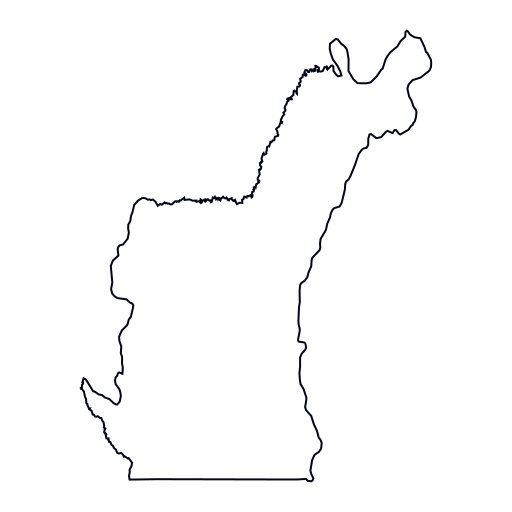 the district of Juruá, Amazonas, Brazil
{"feature_id": "56859067B52882726289547", "entity_name": "Juruá", "entity_type": "district", "adm_level": 2, "iso_a3": "BRA", "parent_name": "Brazil", "parent_adm1": "Amazonas", "projection": "equal_earth", "projection_center": [-66.308, -3.375], "detail": "fine", "context": "isolated", "style": "outline", "palette": "ink", "viewbox_px": 512, "rotation_deg": 0, "n_neighbors": 0, "source": "geoboundaries", "source_scale": "gbopen_adm2", "svg_char_len": 5990}
<svg xmlns="http://www.w3.org/2000/svg" viewBox="0 0 512 512"><path d="M320.4,439.7L318.7,437.6L316.9,430.7L313.9,424.3L311.2,415.9L306.1,410.1L305.1,407.2L306.4,399.3L306.3,397.3L303.6,389.2L300.5,383.9L299.9,379.9L299.4,373.2L300.1,366.9L300.1,357.5L301.6,353.8L305.4,349.6L306.1,347.4L305.3,343.4L304.0,342.4L298.6,341.6L298.0,339.8L299.7,331.1L299.7,328.6L298.7,324.9L298.4,320.8L299.0,307.1L299.8,302.4L299.6,290.2L300.1,285.4L301.0,283.3L304.8,280.6L307.4,277.0L308.5,272.5L311.2,266.4L311.7,259.5L312.4,257.7L319.6,250.1L320.3,247.7L320.0,243.8L320.6,238.9L325.9,230.0L327.3,223.5L330.0,217.5L330.8,213.4L332.6,209.7L334.2,208.1L339.6,206.5L341.6,203.0L344.8,190.0L345.3,183.7L346.1,181.6L348.8,179.2L350.6,175.7L354.9,165.2L358.7,154.0L361.7,149.9L363.6,148.4L366.4,147.9L367.6,146.2L368.2,144.5L368.3,138.5L369.5,134.5L371.0,134.0L376.3,138.1L378.7,137.7L381.4,137.0L385.8,131.9L387.5,130.9L392.6,133.1L394.5,130.1L396.2,130.1L398.6,133.4L400.2,134.5L408.4,129.8L411.1,125.9L412.7,124.8L413.4,122.9L414.7,121.5L416.0,117.0L416.5,111.9L415.7,109.6L413.5,106.6L411.5,100.6L409.2,96.7L407.5,89.3L407.7,87.5L408.7,84.3L412.6,80.1L420.7,77.5L428.8,71.1L429.9,69.8L431.0,66.9L431.2,62.5L430.9,59.7L427.3,52.9L426.0,51.9L424.4,46.7L420.4,38.3L414.3,37.2L410.0,34.5L408.0,31.5L406.7,30.7L405.5,31.9L405.2,36.7L400.6,41.1L397.4,46.4L390.5,52.1L387.7,55.7L385.5,59.5L382.7,68.6L381.3,69.6L376.7,76.4L371.0,82.1L369.8,82.6L366.4,83.3L357.6,83.2L353.4,79.3L348.5,71.1L348.6,59.5L347.2,50.6L346.2,48.4L343.9,45.7L341.5,44.1L337.7,39.4L335.9,38.9L330.0,43.7L329.7,48.8L330.7,53.3L332.9,59.5L337.6,66.0L340.2,71.2L341.4,75.5L338.1,76.3L336.2,74.7L333.5,71.0L333.3,66.4L332.3,65.5L331.2,65.7L327.4,69.6L326.9,68.9L326.9,65.8L326.1,67.4L324.5,67.2L322.7,71.1L320.7,71.6L319.6,71.2L318.0,71.8L317.4,70.1L318.9,69.4L318.9,67.8L316.0,65.8L315.4,65.9L315.9,67.5L314.9,68.7L315.2,70.7L313.6,71.3L313.0,69.7L311.9,71.0L311.2,69.3L310.4,69.3L309.1,72.0L308.2,72.0L306.8,70.1L305.4,70.1L304.4,72.4L306.3,74.0L306.5,74.9L305.8,75.8L303.4,74.4L302.8,75.1L302.6,77.0L300.1,78.8L300.8,81.8L299.1,83.0L298.9,83.8L300.0,84.9L299.9,85.9L299.3,86.5L297.3,86.7L296.7,92.2L294.4,90.6L293.7,91.1L293.3,95.1L291.0,97.0L291.7,99.3L291.1,99.4L289.5,97.9L287.4,98.6L287.1,99.4L288.7,100.1L288.6,100.8L287.2,101.6L286.5,104.0L285.1,106.2L284.6,108.1L285.5,109.9L285.3,110.8L283.4,112.6L284.2,114.4L282.5,116.4L280.8,120.1L280.9,121.5L282.2,122.1L281.8,123.2L280.5,122.5L279.1,126.5L276.3,128.6L276.2,129.4L277.4,131.3L277.5,133.7L278.3,135.0L278.0,135.9L275.2,136.6L274.7,137.3L274.3,140.2L272.6,140.5L271.5,142.2L270.5,141.8L269.2,146.4L268.6,146.1L267.3,146.8L266.9,147.7L266.8,150.7L266.2,151.4L266.4,153.5L264.7,154.7L264.1,154.7L263.6,153.2L263.0,153.9L261.5,158.7L262.4,161.4L261.6,162.3L261.3,161.6L259.9,163.2L260.2,165.6L261.3,166.7L261.2,167.9L260.5,169.4L260.1,169.0L258.9,169.9L259.7,174.3L257.6,178.4L257.8,179.9L258.8,180.5L258.5,181.3L259.2,181.4L259.0,182.4L256.1,184.4L255.7,187.3L255.2,186.8L253.8,187.3L254.3,189.2L253.4,189.5L253.9,190.7L253.5,191.6L252.2,191.9L251.8,193.9L252.6,195.0L252.2,197.1L251.6,197.4L251.2,195.7L250.6,196.0L250.2,195.3L248.1,196.4L247.6,196.0L246.4,196.6L246.4,197.5L244.3,196.6L243.4,199.2L242.1,199.7L242.3,202.9L239.6,202.8L236.8,204.1L235.3,200.5L234.7,201.2L234.1,201.1L234.4,200.1L233.1,200.7L231.7,199.3L231.7,198.2L229.5,199.1L229.0,200.1L228.4,199.4L227.8,199.9L226.6,197.6L225.6,198.4L224.4,198.1L223.1,196.7L221.0,198.8L220.3,200.5L219.2,199.2L219.7,198.2L219.0,197.9L218.1,199.2L217.9,198.2L217.3,198.1L216.2,199.2L216.0,198.0L215.2,198.2L214.8,196.8L213.7,198.1L212.8,197.6L211.8,201.7L211.1,202.0L211.2,201.0L210.7,200.3L209.4,200.7L207.9,199.3L206.2,200.8L206.3,199.5L205.5,199.3L205.0,199.4L204.6,201.0L203.7,200.1L202.6,200.5L201.6,202.5L200.3,201.1L200.1,202.2L199.3,201.2L196.4,201.8L196.0,201.3L196.2,200.6L192.7,200.7L189.5,199.4L184.6,199.9L184.2,197.7L180.6,200.5L179.8,200.3L178.8,201.7L178.0,201.2L176.7,201.8L176.1,201.2L175.0,201.4L172.1,204.2L170.4,204.4L168.9,203.4L168.1,203.7L166.4,202.9L165.7,203.3L164.6,202.4L161.8,204.7L160.1,204.0L157.8,205.8L155.4,201.6L152.8,199.5L151.0,200.1L149.7,199.5L147.9,199.7L145.2,198.2L143.3,198.0L141.9,198.2L138.1,200.5L134.2,205.0L132.5,212.1L131.1,215.7L130.2,221.3L128.3,224.6L128.1,228.5L128.9,232.6L127.6,238.8L123.0,244.5L120.0,245.2L118.8,246.2L117.9,247.9L117.7,249.7L118.4,255.6L112.9,260.6L110.8,265.9L112.3,282.4L111.1,289.1L112.1,293.4L114.6,296.3L117.4,298.1L126.7,299.4L129.6,302.3L132.4,303.7L133.3,305.2L133.1,307.3L130.9,316.6L128.7,319.8L127.7,324.0L126.6,325.7L121.8,330.5L119.1,336.7L119.4,341.0L121.3,346.4L120.8,353.2L122.1,357.0L122.0,363.3L122.8,367.5L122.6,371.8L122.4,373.8L119.2,372.4L117.9,373.4L117.1,375.9L115.5,377.6L115.0,380.9L115.7,384.2L119.4,389.2L120.0,391.0L120.9,395.9L119.7,401.6L117.2,404.5L115.9,404.3L113.7,403.2L109.4,399.1L104.7,397.4L102.2,395.1L98.7,394.4L94.6,391.6L93.2,391.3L85.9,379.5L83.6,378.3L82.4,382.1L83.0,382.2L83.1,383.6L82.0,384.6L81.9,387.6L80.8,387.8L80.9,388.6L81.5,388.5L83.9,391.5L85.0,396.8L86.0,398.9L86.4,403.1L87.4,404.1L87.4,405.0L89.0,408.6L89.8,408.5L89.3,409.3L91.6,410.8L92.7,414.5L94.0,414.8L94.9,416.4L96.3,416.8L97.7,416.2L100.0,417.9L101.4,418.1L102.2,420.7L103.5,422.0L104.2,425.9L103.9,427.5L104.7,428.0L104.6,428.9L105.2,428.9L104.1,432.0L104.9,433.5L105.4,433.2L106.4,434.3L105.8,435.6L106.4,438.3L107.6,438.4L108.0,439.2L108.5,438.8L109.0,441.8L110.4,442.1L111.4,444.8L112.8,445.6L114.2,448.3L115.9,449.6L117.2,452.8L119.0,453.5L121.3,452.9L123.1,454.9L123.9,456.6L124.5,456.2L127.9,458.5L128.6,458.1L132.1,462.8L131.5,466.0L129.5,469.9L129.8,471.9L129.0,476.1L129.6,479.6L156.0,479.2L296.9,479.5L306.0,478.9L307.7,480.8L311.2,481.3L312.5,480.5L313.4,478.4L311.4,474.3L310.4,470.7L312.1,460.2L314.5,454.9L319.0,451.8L321.1,448.6L321.7,442.9L320.4,439.7ZM296.7,92.2L297.1,92.9L297.0,93.8L296.5,93.2L296.7,92.2ZM200.3,201.1L201.2,200.5L201.2,199.7L200.6,199.3L200.3,201.1Z" fill="none" stroke="#020617" stroke-width="2"/></svg>